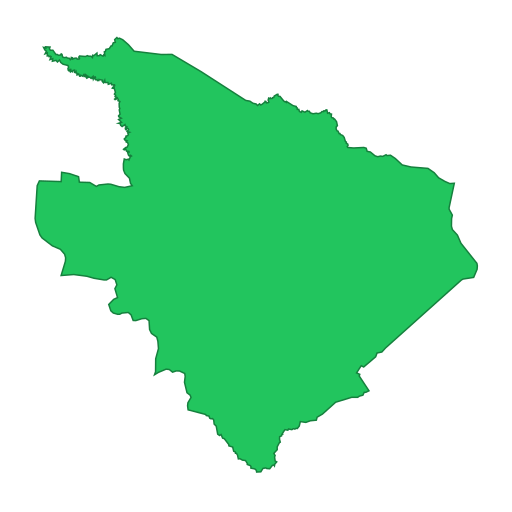 the district of Bua Yai, Nakhon Ratchasima, Thailand, rotated 181°
{"feature_id": "78962969B3783479012099", "entity_name": "Bua Yai", "entity_type": "district", "adm_level": 2, "iso_a3": "THA", "parent_name": "Thailand", "parent_adm1": "Nakhon Ratchasima", "projection": "albers", "projection_center": [102.418, 15.596], "detail": "fine", "context": "isolated", "style": "filled", "palette": "green", "viewbox_px": 512, "rotation_deg": 181, "n_neighbors": 0, "source": "geoboundaries", "source_scale": "gbopen_adm2", "svg_char_len": 6077}
<svg xmlns="http://www.w3.org/2000/svg" viewBox="0 0 512 512"><g transform="rotate(181 256 256)"><path d="M59.0,332.2L63.5,331.8L68.5,333.9L74.8,337.4L79.3,342.4L85.6,346.6L102.6,347.7L111.4,349.6L118.4,355.9L123.3,359.1L126.8,358.7L127.7,359.5L131.0,357.8L133.3,358.1L136.0,357.4L138.7,358.2L143.5,362.0L146.7,362.6L147.7,365.7L150.1,366.4L160.3,365.7L166.2,366.1L166.7,367.0L165.9,368.2L166.2,369.5L167.7,370.3L167.6,371.4L168.7,372.3L169.9,376.1L171.4,378.0L173.7,378.9L174.2,379.9L175.0,379.8L176.2,382.3L177.1,382.5L178.1,384.3L178.1,386.4L176.9,387.7L177.8,391.7L179.9,394.4L180.6,394.3L181.0,395.3L182.7,395.7L183.2,396.7L183.0,399.2L184.6,399.5L185.1,400.6L186.9,400.0L187.7,403.3L188.6,403.3L189.1,402.4L190.8,402.3L190.9,401.6L192.5,401.6L193.7,400.3L196.3,399.4L198.3,399.8L201.4,399.2L204.3,400.1L205.2,401.6L206.6,401.6L207.1,402.3L209.6,400.6L212.5,401.9L213.3,400.4L215.1,401.3L215.8,403.4L217.3,403.3L217.4,404.8L218.3,405.3L218.4,406.2L221.6,407.0L227.5,410.6L228.1,410.1L228.5,411.1L229.4,410.5L230.9,411.4L234.8,416.0L236.3,416.1L237.0,417.0L236.8,418.0L237.6,418.1L240.6,416.2L241.0,414.8L242.2,414.6L242.4,413.9L244.0,413.7L244.5,414.3L245.1,413.6L246.1,414.1L246.6,412.1L245.8,410.1L246.3,409.6L248.3,409.2L248.8,410.7L249.6,410.9L249.8,410.1L252.7,407.7L253.9,407.1L255.1,408.2L257.1,406.5L258.5,408.0L261.8,408.7L264.8,410.7L269.0,411.4L314.0,439.3L343.5,456.1L354.2,455.8L381.4,458.6L387.2,465.0L393.0,469.9L396.3,471.4L398.0,470.9L398.9,472.0L401.1,469.9L400.4,467.2L402.4,466.7L403.6,463.6L404.6,463.5L406.4,460.7L409.6,460.0L410.2,457.8L411.2,457.5L410.6,453.9L411.7,454.5L411.9,453.4L412.6,453.2L415.3,454.6L416.1,453.6L418.3,453.4L418.6,456.1L421.6,453.5L422.7,453.9L423.0,451.6L424.5,452.9L426.8,452.8L428.0,453.4L430.0,452.5L435.9,452.9L436.7,451.7L435.9,450.6L436.1,450.0L438.2,449.7L438.8,450.7L440.4,450.7L442.7,449.7L442.9,451.0L444.1,451.3L444.2,449.7L445.1,449.0L446.0,450.4L448.1,450.6L448.9,451.4L451.3,451.0L452.8,451.6L453.5,454.2L454.3,454.7L454.9,453.6L456.8,453.2L458.4,454.1L459.5,453.9L462.7,458.2L465.2,458.1L466.2,459.6L465.6,461.3L470.1,461.5L469.8,460.2L472.0,460.8L470.7,458.3L469.1,457.1L470.4,454.5L468.2,455.4L468.2,452.4L466.9,452.7L466.3,451.6L465.0,452.2L464.3,451.8L465.4,448.8L462.7,449.7L463.0,447.2L459.3,448.1L457.9,446.5L455.9,448.5L454.6,446.1L452.3,444.4L447.3,443.2L446.7,441.5L447.3,440.2L447.0,438.5L446.3,437.9L445.2,439.4L444.5,439.3L445.3,437.9L444.8,436.8L443.8,437.7L442.8,437.0L442.2,438.3L440.7,438.7L440.7,436.5L440.0,436.2L439.2,437.4L438.9,435.9L437.6,435.3L438.2,434.7L438.1,433.9L436.4,434.8L435.5,432.7L434.8,432.7L434.4,433.7L432.3,432.7L431.5,434.2L430.6,433.0L430.0,434.7L428.5,433.6L429.8,432.6L427.8,432.6L428.9,431.6L428.3,430.8L426.4,432.0L425.2,431.8L424.0,430.7L423.5,431.4L422.6,430.7L423.0,431.9L422.0,432.8L421.7,430.3L421.0,431.9L419.9,432.3L419.6,431.5L420.5,430.6L419.4,429.4L418.1,429.7L417.6,428.6L416.2,428.7L416.1,429.8L412.6,429.1L412.8,427.9L411.5,426.5L410.3,429.1L409.9,426.8L407.0,426.9L406.7,425.1L403.6,426.2L403.2,424.6L400.5,424.7L400.3,423.8L401.1,423.3L400.8,422.2L402.1,422.2L402.6,421.3L400.6,421.0L399.4,417.1L400.4,415.4L399.1,414.3L399.7,412.9L397.9,412.1L400.1,410.4L399.6,409.9L397.3,411.1L396.4,410.2L396.7,408.9L394.8,408.1L395.5,406.2L395.3,402.3L394.7,401.1L395.3,399.7L394.4,395.4L395.9,393.7L395.7,392.9L393.1,391.4L395.8,390.1L392.8,387.3L395.7,386.3L394.1,386.0L393.6,384.3L392.1,383.1L389.3,385.1L389.0,383.8L387.4,382.9L388.9,381.7L388.8,380.7L388.1,379.9L387.3,381.6L386.0,381.1L385.6,380.2L387.0,378.2L384.6,377.5L386.3,376.7L385.8,375.2L386.3,374.2L388.2,373.5L387.9,372.6L389.8,370.7L389.1,369.6L386.9,369.0L387.9,367.9L386.2,367.0L385.6,365.0L386.8,362.5L388.0,362.3L390.3,360.4L389.6,359.8L388.1,360.6L387.3,358.6L384.9,358.4L384.7,357.7L386.2,357.5L385.3,354.7L384.5,353.8L383.1,354.6L382.2,353.8L383.3,353.1L384.7,349.8L385.3,350.6L387.5,350.0L389.4,350.7L390.2,345.8L390.1,341.8L389.9,339.6L388.4,336.1L383.9,331.6L382.7,326.4L381.0,324.1L388.5,322.3L394.2,322.9L402.4,325.2L405.2,325.4L414.2,324.3L416.9,322.8L423.5,326.6L433.9,326.7L434.8,332.2L443.9,335.1L451.8,336.3L452.1,327.0L473.9,327.3L476.0,322.5L477.5,289.7L476.9,285.7L472.4,273.3L470.2,270.3L459.8,262.6L451.7,259.3L447.4,254.5L446.3,250.9L446.5,247.3L450.5,233.1L437.9,234.3L424.7,232.8L417.5,230.9L407.4,229.4L405.0,229.5L400.5,232.2L396.4,230.0L394.6,224.7L396.5,220.9L393.7,212.0L397.5,210.2L402.4,205.0L400.2,198.7L397.7,196.5L393.2,195.3L391.2,195.4L389.0,196.6L382.7,197.3L379.9,195.0L377.7,189.4L375.1,189.3L369.1,191.3L365.0,191.7L361.8,189.5L361.1,180.6L359.1,176.7L353.8,173.2L352.6,169.0L351.9,161.7L354.5,151.5L354.4,138.5L355.4,135.5L351.6,137.9L343.9,141.3L340.7,141.0L337.4,138.4L333.8,139.7L330.5,139.7L325.2,137.3L324.7,134.3L325.3,128.5L322.6,118.1L319.4,115.7L318.5,113.4L321.5,108.1L321.8,105.1L321.2,101.0L303.6,96.7L302.9,95.6L300.3,95.2L299.4,93.0L298.1,92.4L296.6,92.7L295.4,91.2L294.9,87.2L292.8,85.2L291.2,77.2L289.3,75.9L287.8,76.9L286.2,73.3L284.5,72.8L279.9,67.0L279.8,65.7L276.0,64.6L274.9,60.4L273.2,59.7L273.1,58.4L272.1,58.3L271.0,56.6L270.1,52.8L268.4,53.0L266.1,51.7L262.9,51.3L261.0,48.3L261.1,47.4L258.0,46.3L257.4,45.5L257.4,43.8L253.5,43.1L251.9,41.7L251.6,40.0L247.4,40.3L245.4,43.7L242.6,44.3L241.6,43.7L238.6,43.5L236.0,46.9L234.5,47.4L233.9,46.5L233.6,48.2L231.7,50.5L233.3,51.4L233.9,55.4L233.4,56.8L234.7,59.0L231.4,62.7L231.5,65.5L229.4,69.7L228.5,70.3L229.3,73.3L229.2,75.8L227.3,76.6L227.1,77.8L226.2,78.3L226.6,78.9L224.0,82.9L221.1,82.4L220.5,83.6L217.1,83.0L215.7,84.0L214.1,83.6L212.9,84.4L211.7,84.2L209.8,86.7L208.8,91.2L203.3,90.5L198.8,92.2L192.8,92.9L192.1,95.9L186.8,99.1L173.8,111.2L157.8,116.4L151.8,116.5L150.2,117.7L146.7,118.7L145.4,121.6L143.9,121.6L140.7,123.2L150.7,137.8L150.2,139.5L153.4,140.9L149.3,147.5L148.8,148.1L146.4,146.9L134.6,157.3L133.3,161.1L128.5,162.2L124.9,166.3L50.1,235.7L48.4,236.6L38.0,238.4L34.7,246.6L34.5,250.0L35.0,252.5L51.3,272.3L55.0,280.4L60.1,285.8L61.1,289.2L61.1,296.8L60.4,300.3L63.7,306.1L63.8,307.6L59.0,332.2Z" fill="#22c55e" stroke="#15803d" stroke-width="1.5"/></g></svg>